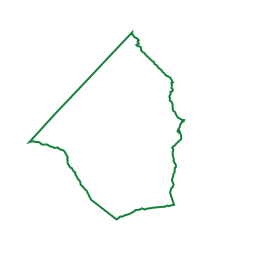 Carnaubeira da Penha, Pernambuco, Brazil, rotated 210°
{"feature_id": "56859067B83300695382888", "entity_name": "Carnaubeira da Penha", "entity_type": "district", "adm_level": 2, "iso_a3": "BRA", "parent_name": "Brazil", "parent_adm1": "Pernambuco", "projection": "orthographic", "projection_center": [-38.753, -8.428], "detail": "fine", "context": "isolated", "style": "outline", "palette": "green", "viewbox_px": 256, "rotation_deg": 210, "n_neighbors": 0, "source": "geoboundaries", "source_scale": "gbopen_adm2", "svg_char_len": 2154}
<svg xmlns="http://www.w3.org/2000/svg" viewBox="0 0 256 256"><g transform="rotate(210 128 128)"><path d="M172.2,212.9L179.7,181.6L186.6,152.1L187.6,148.0L198.5,102.5L206.3,66.5L204.9,68.1L203.3,69.1L201.8,69.6L200.3,70.1L198.5,71.0L197.2,71.4L195.3,70.7L193.8,70.9L192.5,71.5L191.3,72.4L190.0,73.2L188.1,73.2L186.1,73.2L183.9,73.9L182.1,73.8L180.4,74.9L178.8,76.1L177.4,75.6L175.7,75.5L174.1,76.2L172.0,76.2L169.7,75.0L167.3,73.5L165.6,72.6L165.0,70.4L163.9,69.7L163.4,68.2L161.9,66.8L160.3,66.0L158.4,64.9L156.4,65.1L154.2,63.7L152.7,63.1L151.3,63.1L150.4,61.4L148.4,60.5L146.3,59.0L144.6,58.6L142.3,57.3L140.5,55.1L137.8,54.7L135.7,53.8L134.3,53.3L132.7,53.1L127.6,49.7L124.2,47.4L120.1,46.9L92.3,43.1L91.2,45.1L90.4,47.5L88.8,48.2L86.7,51.3L84.1,53.8L82.7,56.0L81.7,57.8L80.8,58.9L80.6,60.5L78.8,61.7L77.5,62.9L76.5,64.0L75.8,65.4L74.1,65.6L72.6,65.8L70.9,68.0L68.1,70.0L67.3,70.9L65.0,72.5L61.5,75.1L59.3,76.6L57.0,78.0L55.9,79.4L55.0,80.7L53.6,80.7L51.2,83.3L49.7,84.5L59.2,92.9L59.8,95.1L60.4,97.8L59.8,99.1L60.1,101.6L62.2,103.5L63.6,104.3L64.6,107.1L64.7,108.8L65.6,110.6L65.5,113.0L66.5,114.8L67.5,116.7L67.0,118.0L68.0,119.9L69.5,120.8L72.0,122.1L72.3,123.3L73.4,124.6L74.5,125.5L75.9,127.4L77.3,129.5L77.6,130.9L78.1,132.1L79.9,133.0L79.4,135.0L78.6,136.6L78.4,138.4L77.9,140.1L77.1,142.7L76.4,145.0L78.0,147.8L80.4,149.8L81.7,151.0L82.0,149.4L83.5,150.0L83.8,151.8L83.6,154.0L84.5,157.2L84.2,158.8L84.5,160.4L83.1,161.5L83.4,162.9L85.0,162.1L87.2,162.2L88.7,161.9L90.2,162.0L93.6,164.0L95.1,165.3L97.8,165.6L98.8,167.0L99.9,168.7L101.7,171.3L103.7,172.5L105.5,172.7L106.2,173.7L106.5,174.9L107.7,175.5L108.1,177.0L108.0,178.7L109.2,180.7L107.9,182.0L108.4,183.8L110.2,184.3L111.1,186.1L111.6,187.4L112.9,188.7L112.0,189.9L116.5,192.7L118.9,192.7L121.7,192.5L124.0,193.6L126.3,193.9L127.8,194.7L129.1,195.1L131.1,195.2L133.4,196.1L134.7,196.7L136.8,196.6L138.6,198.1L140.4,198.1L147.4,199.7L149.7,200.3L151.2,201.2L152.8,201.1L155.6,201.8L156.8,203.9L158.2,204.6L160.7,203.7L162.3,204.2L160.8,206.5L162.9,207.6L162.5,209.3L165.1,210.1L168.4,209.9L169.8,211.2L171.4,211.1L172.2,212.9Z" fill="none" stroke="#15803d" stroke-width="2"/></g></svg>